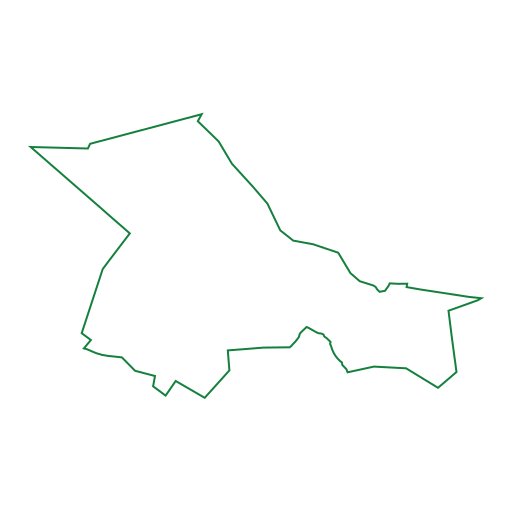 Simplício Mendes, Piauí, Brazil
{"feature_id": "56859067B86128304510320", "entity_name": "Simplício Mendes", "entity_type": "district", "adm_level": 2, "iso_a3": "BRA", "parent_name": "Brazil", "parent_adm1": "Piauí", "projection": "mercator", "projection_center": [-41.953, -7.778], "detail": "fine", "context": "isolated", "style": "outline", "palette": "green", "viewbox_px": 512, "rotation_deg": 0, "n_neighbors": 0, "source": "geoboundaries", "source_scale": "gbopen_adm2", "svg_char_len": 1446}
<svg xmlns="http://www.w3.org/2000/svg" viewBox="0 0 512 512"><path d="M438.0,387.8L453.6,374.5L456.5,372.0L456.2,369.9L455.0,360.9L454.5,357.4L451.7,336.3L448.5,310.7L475.4,301.1L477.7,300.3L481.3,298.2L468.9,296.9L419.9,289.4L406.6,287.1L407.2,283.7L398.0,283.8L389.7,283.4L388.4,286.1L385.0,290.8L379.6,291.8L377.2,289.5L375.6,286.9L373.4,285.5L359.7,281.2L350.4,273.1L348.8,270.4L338.2,252.7L325.7,248.5L313.3,244.3L293.2,240.6L290.1,238.1L280.3,230.4L268.9,206.7L267.5,203.7L252.7,186.5L231.9,163.7L218.7,141.5L207.1,130.2L197.8,121.2L201.7,114.2L90.1,143.8L87.9,148.5L30.7,147.0L41.7,156.6L104.0,210.8L106.1,212.7L109.5,215.7L128.1,231.9L129.8,233.4L108.3,261.6L102.7,269.1L81.7,333.2L90.9,340.0L83.9,348.4L86.6,349.1L89.3,350.2L92.2,351.5L94.4,352.4L96.5,353.3L99.5,354.1L102.0,354.9L108.7,356.0L112.9,356.4L121.9,357.4L135.1,370.8L155.0,376.0L153.1,386.3L165.6,395.6L175.7,381.0L204.7,397.8L229.4,370.4L227.8,350.4L246.1,349.0L263.4,347.6L289.7,347.3L291.6,345.7L293.3,343.7L295.0,342.0L296.9,339.7L298.9,337.0L299.8,333.7L301.3,332.0L303.0,330.4L304.6,328.9L306.6,327.0L309.0,328.1L311.8,329.7L313.6,330.7L315.5,331.8L318.3,333.2L321.1,333.5L323.5,334.5L324.3,336.5L326.7,338.2L328.9,340.3L330.5,341.9L330.1,344.0L331.0,345.9L332.2,349.6L333.8,353.1L335.5,355.9L337.5,358.4L340.0,361.0L341.9,362.4L342.3,364.9L344.3,367.0L346.4,369.2L347.6,372.3L373.9,366.6L406.1,368.3L438.0,387.8Z" fill="none" stroke="#15803d" stroke-width="2"/></svg>